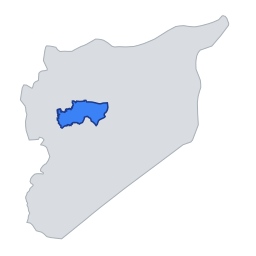 location of As-Salamiyeh, Hamah, Syria, rotated 357°
{"feature_id": "27442178B43082534172912", "entity_name": "As-Salamiyeh", "entity_type": "district", "adm_level": 2, "iso_a3": "SYR", "parent_name": "Syria", "parent_adm1": "Hamah", "projection": "equal_earth", "projection_center": [37.215, 35.173], "detail": "fine", "context": "in_parent", "style": "filled", "palette": "blue", "viewbox_px": 256, "rotation_deg": 357, "n_neighbors": 0, "source": "geoboundaries", "source_scale": "gbopen_adm2", "svg_char_len": 5755}
<svg xmlns="http://www.w3.org/2000/svg" viewBox="0 0 256 256"><g transform="rotate(357 128 128)"><path d="M26.2,79.5L28.7,79.8L33.8,83.1L34.7,83.0L36.2,78.6L37.8,77.1L41.0,75.8L41.9,68.6L43.4,67.2L45.2,66.5L47.9,66.4L50.3,65.9L50.5,64.7L47.1,56.4L47.4,54.3L49.1,46.0L50.1,42.8L51.1,41.7L54.9,42.2L60.2,43.6L61.6,46.0L64.2,48.1L68.1,48.0L72.6,48.4L76.1,48.5L78.9,47.0L85.2,44.2L88.3,43.3L91.2,42.1L100.3,37.5L104.0,37.9L106.5,38.5L108.4,39.2L112.8,42.3L116.3,45.5L118.8,46.4L123.3,46.3L129.8,46.9L137.8,46.9L142.5,46.0L148.4,44.5L159.0,40.7L172.8,33.0L180.9,29.2L184.5,28.8L189.1,28.7L193.7,29.7L198.9,30.4L201.3,30.4L206.9,29.6L214.2,28.0L218.8,26.7L224.3,24.6L227.7,21.1L228.8,20.8L230.2,21.4L230.9,21.6L232.4,23.6L234.0,28.7L234.0,29.3L233.7,30.8L230.2,35.0L225.4,40.7L221.9,44.4L216.1,50.5L211.7,51.8L204.2,54.0L202.2,56.1L200.4,59.6L199.4,64.3L199.1,67.3L199.0,72.8L200.9,78.5L202.7,84.0L202.9,87.7L202.8,91.3L201.3,95.2L199.6,100.4L198.6,106.4L198.3,117.6L198.4,127.2L198.3,128.7L195.3,135.5L191.8,143.4L190.1,145.2L182.1,147.6L173.5,153.4L163.8,159.9L155.0,165.8L145.7,172.0L136.1,178.4L129.2,183.0L120.0,189.2L111.6,195.1L103.0,201.1L96.5,205.6L86.6,212.8L80.9,217.1L72.3,223.3L64.8,228.8L55.9,235.2L44.7,233.3L41.2,232.2L38.3,229.1L36.2,227.5L31.0,225.8L27.6,220.0L25.6,217.9L22.1,217.0L23.6,213.3L23.9,210.8L25.4,207.8L24.5,205.9L24.0,201.7L23.4,200.7L23.1,199.6L23.7,198.3L23.5,196.9L22.9,196.3L22.6,194.3L22.1,192.7L22.4,190.9L23.2,189.7L24.0,187.3L24.9,186.6L26.4,185.2L26.8,183.6L28.2,182.2L29.9,180.9L30.3,180.0L30.1,179.4L28.3,178.3L27.4,176.4L28.2,173.6L28.8,172.7L29.9,171.3L32.3,169.3L34.2,168.9L35.8,168.9L38.5,169.1L40.7,169.5L41.2,168.9L41.1,168.2L38.5,166.5L38.4,165.2L39.0,163.8L40.9,161.5L43.1,159.8L44.2,159.5L46.8,156.1L48.4,152.4L45.8,143.3L44.2,141.8L41.7,140.6L40.1,140.4L40.0,139.8L42.1,137.5L43.5,135.4L41.9,133.5L39.1,132.6L38.0,134.6L34.4,134.8L28.7,134.8L26.2,125.2L25.9,121.0L26.0,116.2L27.7,109.2L26.9,105.9L26.9,103.7L26.4,100.7L22.0,94.3L24.5,82.4L26.2,79.5Z" fill="#d9dde1" stroke="#a8b0b8" stroke-width="1"/><path d="M93.2,100.2L90.3,99.9L88.1,99.8L87.4,98.2L85.7,98.2L85.7,98.9L81.4,99.0L78.1,98.5L77.9,99.2L77.1,99.8L77.0,99.5L76.9,99.2L76.7,99.2L76.3,99.1L75.6,98.4L75.4,98.4L74.9,98.1L73.9,98.2L73.9,98.4L74.1,98.4L74.0,99.0L73.8,99.3L73.7,99.4L73.9,100.3L74.2,100.7L74.4,100.9L74.4,101.7L74.4,102.6L73.9,102.9L73.7,103.5L73.6,103.8L73.7,104.0L73.4,104.9L73.0,104.4L72.4,105.5L72.1,105.7L72.1,106.6L71.8,106.6L71.7,106.3L71.7,106.0L71.6,105.9L71.2,105.9L70.9,105.6L70.7,105.7L70.4,105.6L70.2,105.9L70.1,106.0L69.8,106.0L69.7,105.8L69.7,105.7L69.5,105.8L69.4,105.8L69.0,105.9L68.9,105.9L69.0,105.9L68.9,105.9L68.9,106.0L68.5,106.0L68.4,106.1L68.2,105.9L67.9,105.7L67.5,106.0L67.4,106.2L66.7,106.2L66.7,106.3L66.9,106.9L66.9,107.0L67.0,107.3L67.0,107.5L67.4,107.8L67.0,108.0L66.6,108.0L66.5,107.9L66.4,107.9L66.1,107.8L65.9,108.0L65.9,108.3L66.0,108.3L66.0,108.7L65.9,108.9L65.8,109.0L65.6,109.0L65.4,108.9L65.2,109.0L64.6,108.7L64.4,108.6L63.9,108.3L63.8,108.2L63.7,108.2L63.4,108.1L63.3,108.4L63.2,108.4L62.6,108.5L62.6,108.3L61.8,108.4L61.7,108.0L61.9,108.0L61.9,107.9L62.0,107.8L62.1,107.7L62.2,107.4L62.0,106.7L61.9,106.7L61.7,105.9L61.4,106.0L61.3,105.9L61.2,105.8L61.2,105.4L60.6,105.4L59.8,105.6L60.0,105.7L60.0,105.9L60.0,106.0L59.4,106.1L58.5,106.2L58.5,106.4L58.4,106.6L58.5,106.9L58.3,106.9L58.3,107.0L58.2,107.1L58.3,107.5L58.3,107.9L58.3,108.0L58.4,108.7L58.6,108.7L58.5,108.8L58.4,109.0L58.3,109.3L58.4,109.6L58.7,109.7L58.8,109.8L58.8,110.1L58.9,110.5L58.9,110.8L59.3,110.7L59.5,110.7L59.5,110.9L60.0,110.8L60.3,110.8L60.3,111.0L59.4,111.2L59.2,111.2L58.8,111.3L58.9,111.5L58.7,111.7L58.5,111.9L58.6,112.1L58.6,112.4L58.6,112.5L58.8,112.6L59.0,112.5L59.4,112.6L59.3,112.9L59.3,113.1L59.2,113.1L59.2,113.4L59.2,113.5L59.0,113.8L59.1,114.0L59.2,114.5L58.8,114.5L58.4,114.4L57.9,114.4L57.9,114.5L57.9,115.2L58.1,115.1L58.2,115.4L58.3,115.4L58.3,115.5L58.3,115.8L58.1,115.8L58.0,116.0L57.9,116.1L58.0,116.3L57.9,116.3L58.0,116.3L58.0,116.5L58.3,116.5L58.5,116.9L58.6,117.0L58.8,117.3L58.9,117.5L59.0,117.5L58.8,117.6L58.8,117.8L59.0,118.0L59.0,118.3L59.1,118.5L58.9,118.6L59.0,118.6L58.9,118.6L58.9,118.8L59.0,119.0L59.1,119.3L59.1,119.7L59.0,119.8L59.2,120.0L59.3,120.1L59.5,120.2L59.5,120.3L60.0,120.9L60.1,121.3L60.6,121.9L60.8,121.9L61.0,121.9L61.0,122.0L61.2,122.6L61.0,123.8L61.5,124.2L61.8,124.5L62.4,124.6L62.9,124.1L63.9,123.3L64.6,122.8L64.9,122.7L65.3,122.6L65.6,122.7L66.2,122.3L66.3,122.3L66.5,122.3L66.8,122.3L66.9,122.7L67.1,122.7L67.6,122.2L67.7,121.8L67.7,121.7L67.8,121.7L68.0,121.5L68.7,121.7L69.0,121.6L69.4,121.8L69.4,122.0L69.5,122.5L70.3,122.2L70.6,122.3L71.2,122.5L71.3,122.2L71.3,121.9L71.4,121.5L72.0,121.4L71.8,121.2L71.8,120.9L71.9,120.7L72.0,120.6L72.6,120.5L72.6,120.4L72.9,120.0L73.0,119.9L73.4,119.8L73.5,119.8L74.4,119.9L74.5,119.7L74.7,119.8L75.1,119.9L75.5,119.8L76.0,119.9L76.3,119.9L77.1,119.9L77.2,120.0L77.3,120.0L77.9,120.1L78.0,120.2L78.0,120.3L78.1,120.5L78.2,120.8L78.4,120.8L78.8,120.8L79.6,121.5L80.9,120.8L82.8,120.1L84.3,117.5L84.8,116.2L85.1,114.9L86.4,114.5L86.5,114.5L86.9,114.5L87.0,114.5L87.5,114.3L88.2,114.3L88.4,114.5L88.6,114.8L89.2,115.3L89.7,115.7L90.1,115.9L90.7,116.2L91.2,117.0L91.3,117.1L91.5,117.9L91.5,118.6L91.8,119.3L93.0,119.9L93.7,120.6L94.4,121.3L94.9,121.8L96.0,123.5L96.3,123.9L96.6,123.6L97.4,122.8L97.7,122.1L97.9,121.5L98.8,119.5L99.6,118.6L100.2,118.2L102.6,117.2L103.2,117.0L104.7,116.3L105.1,116.1L105.3,115.9L105.5,115.7L105.7,115.4L105.8,115.1L105.5,114.9L105.1,114.4L104.9,113.5L105.1,112.8L105.4,112.1L105.8,111.8L106.4,111.5L106.7,111.2L107.3,110.6L108.2,109.0L108.5,108.3L109.0,106.2L108.7,101.8L104.6,101.8L101.7,102.4L100.1,102.2L95.9,100.9L93.2,100.2Z" fill="#3b82f6" stroke="#1e3a8a" stroke-width="1.5"/></g></svg>